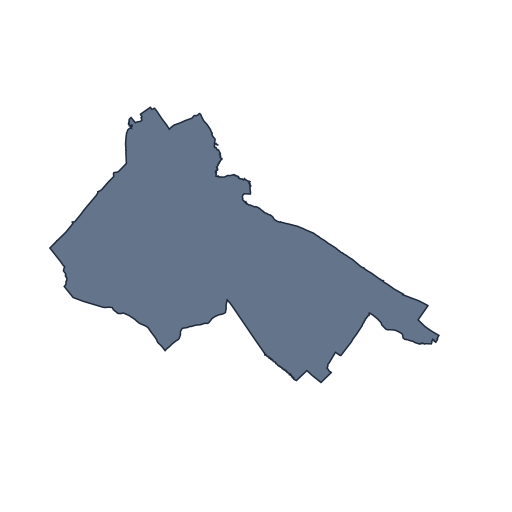 the district of Carpen, Dolj, Romania, rotated 18°
{"feature_id": "2599482B61425966956832", "entity_name": "Carpen", "entity_type": "district", "adm_level": 2, "iso_a3": "ROU", "parent_name": "Romania", "parent_adm1": "Dolj", "projection": "mercator", "projection_center": [23.264, 44.337], "detail": "fine", "context": "isolated", "style": "filled", "palette": "slate", "viewbox_px": 512, "rotation_deg": 18, "n_neighbors": 0, "source": "geoboundaries", "source_scale": "gbopen_adm2", "svg_char_len": 6100}
<svg xmlns="http://www.w3.org/2000/svg" viewBox="0 0 512 512"><g transform="rotate(18 256 256)"><path d="M356.9,356.2L363.6,343.6L362.5,343.1L361.7,343.2L359.5,341.4L358.2,340.7L358.4,338.4L357.8,336.9L358.6,335.1L361.3,323.1L366.4,324.5L367.3,324.5L367.6,324.1L373.3,308.1L373.8,305.3L375.8,299.3L378.5,289.5L378.5,287.6L379.2,285.6L379.1,285.0L379.4,283.6L379.7,283.0L379.5,281.8L380.0,281.3L381.2,277.8L381.9,277.5L381.4,275.3L382.7,275.3L383.5,275.7L385.2,276.0L390.8,278.2L395.2,280.5L397.1,282.8L402.2,285.5L404.0,285.5L405.8,284.8L410.6,283.6L413.8,283.8L417.7,284.5L419.0,285.0L420.0,285.9L421.1,288.4L423.2,289.3L426.1,288.8L429.7,288.9L431.7,288.6L433.6,289.2L439.1,289.2L439.3,288.3L440.9,288.2L441.1,287.3L443.4,287.7L443.6,287.4L444.7,286.9L449.9,285.4L450.0,283.9L449.6,282.9L449.8,280.6L451.6,281.2L451.5,281.8L453.6,282.5L454.2,280.4L454.4,278.8L453.8,278.5L454.5,275.0L446.2,273.2L438.6,270.9L429.9,266.6L434.9,250.1L433.9,249.8L424.6,248.3L407.7,247.5L407.9,246.8L397.5,244.7L389.9,242.3L385.9,241.4L384.2,240.7L384.5,240.1L383.1,240.4L382.2,240.2L381.9,239.7L380.9,239.8L371.3,236.7L363.6,234.9L363.3,234.7L363.1,234.3L362.0,233.9L361.8,234.2L361.3,234.2L358.0,233.3L349.2,229.6L344.3,228.4L341.8,227.5L339.2,227.1L337.0,226.2L335.5,226.3L333.7,225.3L333.0,225.3L329.5,223.8L320.4,221.5L316.5,220.1L311.9,219.1L310.0,218.3L309.5,218.3L308.4,217.8L307.2,217.7L303.8,216.5L295.1,215.8L291.4,215.2L290.5,215.3L286.6,214.9L276.7,215.5L272.8,216.0L272.5,215.8L269.0,216.2L268.7,215.9L267.9,216.4L266.0,216.5L262.3,215.7L259.9,213.7L258.4,213.0L256.7,212.5L255.8,212.8L252.5,212.1L251.0,212.2L249.5,211.7L249.5,211.4L246.8,210.6L244.5,209.5L244.0,209.6L242.8,209.2L240.6,209.1L239.5,209.7L234.6,209.3L233.2,209.7L231.8,209.1L231.5,209.3L230.5,209.3L229.2,208.5L229.3,208.2L230.1,208.0L229.6,207.5L229.4,207.9L229.0,208.1L225.9,206.6L225.6,206.1L225.7,205.4L224.9,204.3L224.7,203.2L224.7,202.1L225.7,200.4L231.5,198.8L231.2,197.3L229.0,192.7L229.4,191.1L228.5,191.1L228.3,190.9L228.5,190.2L228.0,190.1L228.0,189.1L227.8,188.9L227.2,189.2L226.7,188.8L227.3,187.1L223.8,187.1L222.3,186.3L221.4,186.8L221.1,186.3L220.7,187.4L219.9,187.3L219.5,186.9L218.8,187.0L218.5,187.3L216.1,187.4L215.7,187.3L215.7,186.9L215.0,186.8L214.9,186.0L214.6,185.8L212.5,185.8L211.4,186.1L211.1,185.9L211.2,185.5L211.0,185.4L209.9,185.8L209.6,185.5L206.6,187.5L204.1,188.2L201.9,190.4L201.0,191.0L199.3,191.3L198.3,191.9L197.5,191.8L196.0,192.4L195.6,192.1L195.8,191.8L195.7,191.6L195.1,191.6L194.4,192.4L193.1,192.4L193.0,190.4L192.2,189.7L192.6,189.0L192.3,188.6L191.8,189.0L191.6,188.9L191.4,188.1L191.5,187.8L192.0,187.5L191.8,186.9L192.7,186.4L192.4,186.0L192.8,185.6L192.2,184.4L192.0,184.6L191.1,184.0L191.0,183.6L191.8,181.9L191.9,181.4L191.5,181.0L191.7,180.1L192.2,179.6L191.9,179.3L192.3,178.5L192.2,177.6L192.7,177.3L192.5,177.0L193.0,175.4L193.6,174.8L193.7,174.2L193.2,173.7L192.6,174.0L191.5,173.2L191.3,172.4L191.6,172.0L190.0,170.7L190.6,170.1L190.4,169.4L189.0,168.3L187.8,166.9L187.0,166.6L186.2,167.0L184.6,165.3L183.5,165.1L183.6,165.4L183.2,165.6L182.5,164.8L182.1,162.3L182.8,161.9L185.0,162.4L185.2,162.2L183.4,161.7L183.2,161.3L181.6,161.6L181.3,158.5L180.8,157.3L177.8,155.5L176.3,153.7L176.5,152.9L174.3,150.8L173.5,149.7L168.8,146.0L164.3,143.5L162.5,141.5L160.6,139.8L160.3,139.0L158.5,137.9L157.8,138.4L157.4,139.4L156.3,140.7L153.7,141.6L152.7,144.3L152.0,145.1L146.9,149.0L143.0,152.6L137.7,156.7L135.5,159.9L134.3,162.2L130.8,159.2L124.3,154.7L116.3,148.4L113.8,146.8L113.5,146.9L112.2,148.6L111.7,148.8L109.6,147.2L102.3,156.8L102.4,157.1L104.6,158.9L104.0,160.0L105.5,162.0L105.3,162.6L104.2,163.8L101.5,165.2L100.1,166.5L94.4,162.9L93.2,165.1L93.3,166.2L93.9,167.0L93.6,168.0L93.7,168.3L94.3,168.9L93.8,169.4L93.8,169.8L94.2,170.2L95.2,170.5L95.3,171.3L96.8,170.6L97.5,169.8L98.0,170.5L98.1,171.3L97.0,172.2L97.9,173.1L96.8,173.1L96.3,173.6L95.0,175.9L95.2,177.2L94.9,178.9L95.5,182.3L97.1,189.0L98.0,191.6L98.7,193.0L99.6,196.0L100.0,196.0L100.4,198.1L104.1,208.0L99.1,218.3L97.9,219.2L95.1,220.6L94.9,221.3L96.1,224.5L92.7,231.2L88.7,240.6L87.3,242.5L85.7,243.7L86.0,245.2L85.4,247.7L80.2,260.4L78.2,265.5L76.6,270.3L73.0,279.5L70.7,280.4L70.8,280.8L71.8,281.8L67.8,292.1L62.5,302.2L61.8,303.0L61.6,303.9L57.5,312.1L71.7,321.6L75.6,324.6L77.4,325.3L77.2,327.7L77.5,329.7L79.7,331.2L80.8,332.3L80.8,333.8L81.8,334.3L82.0,335.0L82.8,335.4L83.2,336.2L83.6,338.0L83.1,338.8L83.8,340.9L83.9,342.1L83.0,344.2L83.1,344.3L94.9,352.0L106.0,352.5L126.4,352.0L128.9,351.5L131.1,350.4L135.2,349.4L137.0,351.2L142.5,353.3L145.4,352.5L147.4,351.2L153.5,351.8L160.3,353.7L163.6,355.2L165.6,355.9L167.0,356.2L171.4,356.5L175.1,357.3L180.3,361.2L185.4,364.7L187.7,366.7L189.1,368.5L194.2,371.0L198.8,374.1L200.1,371.2L201.5,369.3L203.5,365.4L206.2,361.4L207.8,359.6L208.1,359.0L208.4,358.1L208.5,354.7L208.1,352.8L207.6,352.0L207.6,350.7L207.8,349.3L208.2,347.9L208.7,347.3L213.1,345.1L215.1,343.2L216.0,343.2L219.9,340.5L224.5,338.5L228.4,335.6L229.8,335.5L231.0,334.9L231.6,334.2L232.4,332.3L233.5,329.1L235.2,326.8L238.8,323.4L242.0,321.7L244.0,319.8L244.4,318.7L244.0,317.0L244.0,315.6L242.7,311.9L242.1,306.7L245.8,308.8L249.0,311.1L281.4,336.2L293.4,345.3L293.9,345.4L294.2,346.2L294.7,346.6L294.9,347.4L295.4,347.3L295.9,346.7L296.3,347.4L297.4,347.9L298.9,348.2L299.1,348.0L299.7,348.7L300.3,348.6L300.3,349.1L301.4,349.1L301.7,349.5L302.1,349.0L302.6,349.6L303.0,349.7L303.3,349.5L303.5,350.0L303.9,349.8L304.4,350.1L305.0,350.9L306.9,351.0L307.7,351.4L308.0,352.2L308.9,352.1L310.8,353.4L311.5,353.3L311.9,353.7L312.3,353.5L312.9,353.9L313.4,353.7L313.7,354.1L314.5,354.0L314.9,354.4L315.7,354.5L315.7,355.0L316.4,355.2L317.8,355.1L317.9,355.7L318.2,355.8L319.4,355.6L319.4,355.9L319.9,356.3L320.7,356.1L320.8,356.6L321.5,357.1L322.0,356.9L322.6,357.4L323.7,357.5L324.2,358.1L324.6,357.8L324.5,358.4L325.6,358.1L325.7,358.8L326.8,358.7L327.3,359.1L327.2,359.7L327.8,359.6L328.1,360.2L328.5,360.1L328.9,360.7L329.2,360.6L329.2,360.2L329.4,360.1L329.9,361.3L330.4,361.6L332.9,362.0L339.8,349.3L346.5,352.3L356.9,356.2Z" fill="#64748b" stroke="#1e293b" stroke-width="1.5"/></g></svg>